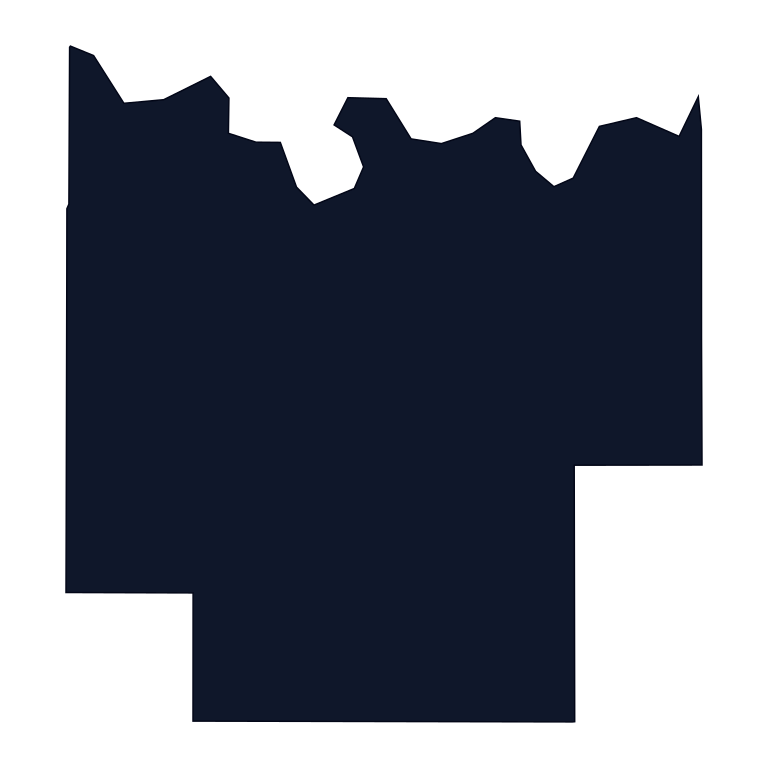 Pontotoc, Oklahoma, United States of America (Albers equal-area conic projection)
{"feature_id": "52423323B67548831395162", "entity_name": "Pontotoc", "entity_type": "district", "adm_level": 2, "iso_a3": "USA", "parent_name": "United States of America", "parent_adm1": "Oklahoma", "projection": "albers", "projection_center": [-96.674, 34.735], "detail": "fine", "context": "isolated", "style": "filled", "palette": "ink", "viewbox_px": 768, "rotation_deg": 0, "n_neighbors": 0, "source": "geoboundaries", "source_scale": "gbopen_adm2", "svg_char_len": 667}
<svg xmlns="http://www.w3.org/2000/svg" viewBox="0 0 768 768"><path d="M572.5,721.9L574.7,721.7L574.2,465.2L702.0,465.0L701.5,336.3L701.4,144.5L701.4,129.4L698.3,96.7L679.1,136.4L636.5,117.7L599.4,126.4L573.2,178.1L553.9,186.7L535.6,171.3L521.0,144.9L519.7,121.2L495.4,117.7L472.9,133.3L441.4,143.6L411.1,138.9L386.2,98.7L347.9,97.7L334.1,124.9L352.5,136.8L363.6,166.9L354.3,188.5L314.0,205.1L296.5,187.1L280.3,142.4L256.0,142.2L228.4,133.3L228.9,98.0L210.6,76.4L163.7,99.7L123.9,103.3L93.6,55.6L70.4,46.1L69.6,47.2L68.9,204.1L66.9,208.7L66.8,272.1L66.2,528.5L66.0,592.5L193.1,592.9L193.0,721.1L572.5,721.9Z" fill="#0f172a" stroke="#020617" stroke-width="1.5"/></svg>